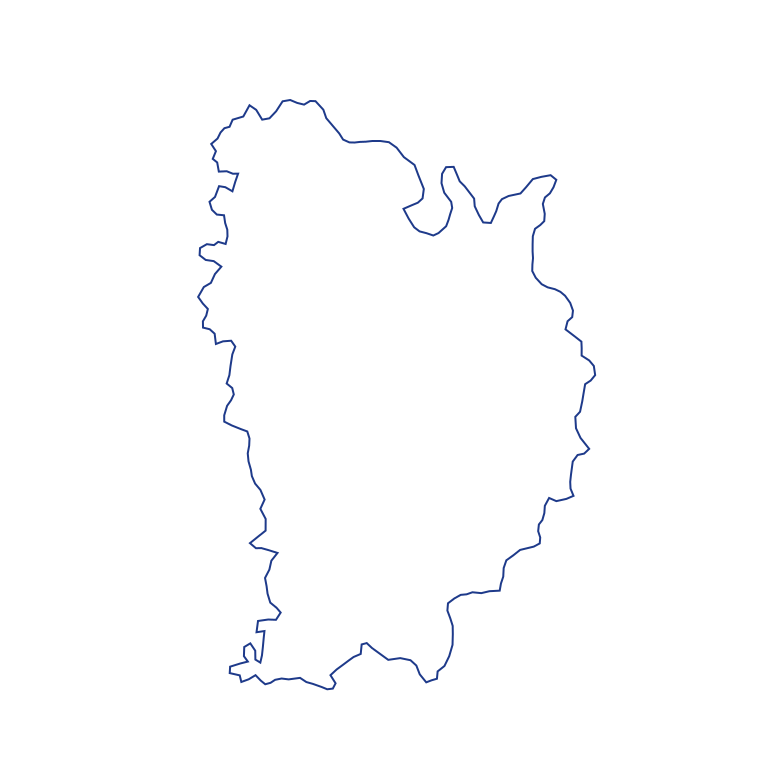 the district of Conchas, São Paulo, Brazil, rotated 348°
{"feature_id": "56859067B88787741870542", "entity_name": "Conchas", "entity_type": "district", "adm_level": 2, "iso_a3": "BRA", "parent_name": "Brazil", "parent_adm1": "São Paulo", "projection": "natural_earth1", "projection_center": [-48.053, -22.963], "detail": "fine", "context": "isolated", "style": "outline", "palette": "blue", "viewbox_px": 768, "rotation_deg": 348, "n_neighbors": 0, "source": "geoboundaries", "source_scale": "gbopen_adm2", "svg_char_len": 3647}
<svg xmlns="http://www.w3.org/2000/svg" viewBox="0 0 768 768"><g transform="rotate(348 384 384)"><path d="M226.5,392.9L234.7,398.4L240.4,402.0L241.1,409.4L239.3,416.3L236.3,423.5L235.4,431.5L236.0,440.2L235.6,446.6L237.2,454.6L241.1,461.9L243.2,472.2L237.1,480.4L240.2,491.4L237.7,502.8L229.9,506.7L219.8,511.8L224.6,518.0L229.9,519.0L235.8,522.1L244.7,527.1L237.1,533.4L233.3,541.7L227.3,549.0L227.1,557.4L226.5,564.9L227.3,574.2L232.4,580.6L235.4,586.1L229.3,592.2L221.8,590.3L211.5,589.6L207.7,600.3L215.7,600.8L213.7,606.9L210.7,616.5L208.2,624.1L205.1,630.8L200.9,626.8L202.6,618.1L199.3,609.9L192.6,612.2L190.4,621.1L193.1,627.2L185.3,627.5L174.7,628.5L173.0,634.7L182.3,639.0L182.5,645.8L190.3,644.7L197.8,642.1L201.8,648.5L205.4,653.0L210.9,652.7L216.0,650.7L222.6,650.8L229.3,653.1L240.8,654.0L246.1,659.4L252.0,662.5L260.0,667.4L265.0,670.8L270.6,671.3L274.4,666.7L271.1,657.7L278.3,653.4L285.8,650.0L292.3,647.0L297.5,644.7L305.1,643.2L308.0,634.1L313.2,633.8L317.4,639.8L323.7,646.8L330.8,654.7L342.9,655.5L352.5,659.7L357.1,666.1L358.6,675.4L363.3,684.6L369.0,683.7L374.5,683.3L376.7,676.3L384.5,672.4L391.2,663.8L396.8,653.4L399.3,643.0L400.9,634.9L400.1,626.8L398.9,618.8L401.0,611.8L408.2,608.4L415.2,606.2L421.1,606.9L427.2,606.1L435.7,608.8L444.1,608.6L454.2,610.2L456.9,603.5L460.6,597.2L462.8,588.9L467.0,581.9L475.4,578.2L482.6,574.6L496.7,574.2L503.2,572.3L504.9,566.6L504.2,560.0L506.3,553.6L510.6,550.0L514.0,543.6L516.0,536.6L521.8,529.8L528.2,534.4L538.5,534.3L546.1,532.8L544.7,525.1L545.8,518.4L548.1,511.4L552.5,499.1L558.6,493.7L565.3,493.7L571.2,490.1L565.0,477.6L562.6,467.2L564.3,455.9L570.0,451.9L574.3,442.2L577.0,435.3L580.7,426.0L586.9,423.6L592.4,419.2L593.0,410.0L589.6,403.6L583.2,397.3L584.8,390.1L585.9,383.6L579.6,376.1L572.9,368.3L576.6,360.8L582.0,357.7L584.1,351.5L583.0,343.4L579.5,335.4L575.7,330.5L570.9,326.8L564.2,323.5L559.0,319.2L554.5,311.6L552.5,304.3L554.0,298.0L555.9,291.9L556.9,285.3L558.4,278.3L560.3,270.4L564.0,263.6L569.9,261.0L574.6,258.0L576.6,251.0L576.8,240.9L580.2,235.0L585.9,232.0L590.7,226.8L595.0,220.1L590.4,214.4L581.0,214.1L572.2,214.5L563.8,221.1L557.1,226.0L550.9,226.0L545.0,226.0L537.8,227.7L533.6,231.3L529.7,238.3L526.3,243.0L522.0,248.7L514.6,246.6L511.9,238.3L509.7,229.0L510.7,221.4L504.1,207.5L500.2,201.5L498.9,194.4L497.3,186.1L489.8,184.8L484.5,190.5L482.0,199.5L482.7,209.4L487.6,219.8L487.3,226.0L484.0,231.7L481.3,236.8L477.6,242.6L468.7,247.7L463.1,249.0L456.9,245.3L450.5,242.1L446.1,237.0L442.5,227.3L439.5,216.7L448.9,214.8L454.8,213.7L460.3,210.5L463.5,201.5L461.0,186.9L459.4,176.1L450.6,166.2L445.5,155.5L439.1,148.5L431.1,145.6L423.3,143.9L416.5,143.2L410.8,142.2L405.5,141.7L400.4,140.5L394.8,136.4L392.3,129.6L382.8,112.0L381.7,103.1L375.8,93.1L370.6,91.8L363.9,94.1L357.5,91.0L351.3,86.7L343.6,86.4L335.2,94.8L327.2,100.3L319.8,100.1L316.0,89.3L310.4,83.4L302.0,93.1L290.9,94.0L286.4,100.3L281.1,100.6L276.4,104.0L272.2,109.3L264.9,113.3L268.0,121.3L263.3,128.2L266.9,132.6L266.6,141.9L274.4,143.2L279.9,146.9L285.0,147.9L280.6,155.2L275.8,164.0L269.7,158.5L263.8,156.2L257.6,165.9L251.2,169.5L251.9,177.8L255.7,183.5L262.6,185.7L262.1,193.5L262.8,200.5L261.6,207.1L258.2,214.1L251.4,210.5L246.6,212.8L239.8,210.4L232.3,212.8L230.4,219.7L235.4,225.6L243.0,228.4L249.3,235.4L241.5,241.3L235.7,249.1L227.9,251.7L220.3,260.2L223.5,267.6L227.3,274.0L224.3,280.2L219.9,285.0L218.7,291.2L224.9,294.2L228.8,299.6L227.9,309.9L235.4,308.8L243.5,309.9L246.3,316.5L241.8,323.5L237.6,334.5L234.6,343.2L230.2,350.8L234.7,356.4L234.9,363.0L231.0,368.1L226.0,372.7L221.2,381.4L219.9,387.6L226.5,392.9Z" fill="none" stroke="#1e3a8a" stroke-width="2"/></g></svg>